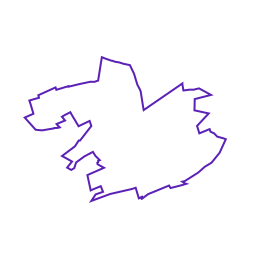 outline of Bustamante, Tamaulipas, Mexico, rotated 65°
{"feature_id": "50627088B16485273598132", "entity_name": "Bustamante", "entity_type": "district", "adm_level": 2, "iso_a3": "MEX", "parent_name": "Mexico", "parent_adm1": "Tamaulipas", "projection": "equal_earth", "projection_center": [-99.943, 23.324], "detail": "fine", "context": "isolated", "style": "outline", "palette": "violet", "viewbox_px": 256, "rotation_deg": 65, "n_neighbors": 0, "source": "geoboundaries", "source_scale": "gbopen_adm2", "svg_char_len": 2210}
<svg xmlns="http://www.w3.org/2000/svg" viewBox="0 0 256 256"><g transform="rotate(65 128 128)"><path d="M64.9,164.3L63.1,176.8L60.6,176.5L60.6,177.0L60.4,195.4L63.0,195.9L62.1,201.3L61.4,205.8L63.1,206.0L64.0,206.1L65.0,206.2L65.8,206.3L66.5,206.4L67.0,206.5L67.7,206.6L67.9,206.6L68.0,206.6L68.3,206.7L68.6,206.7L69.1,206.8L75.1,207.7L74.9,217.2L89.0,212.9L90.5,212.5L91.8,210.4L93.9,206.7L96.5,197.2L97.0,195.6L96.8,195.3L97.0,194.5L97.7,193.0L97.8,192.6L98.3,191.1L98.6,189.6L96.4,190.4L94.6,191.0L94.2,191.1L94.2,190.5L94.3,188.6L94.4,187.3L94.6,181.9L89.9,183.1L89.5,179.4L89.5,177.5L89.3,173.6L90.2,173.5L91.2,173.5L95.3,173.1L96.8,172.9L100.7,172.5L101.7,172.5L103.6,172.2L105.5,172.1L105.4,163.9L105.4,159.8L110.7,160.4L119.1,176.8L118.5,177.9L122.2,183.9L125.5,199.6L134.7,192.9L138.2,199.9L142.0,197.2L141.7,193.7L137.3,189.6L136.9,187.6L135.3,179.5L134.8,169.9L139.6,169.3L139.8,169.2L145.2,167.2L145.1,168.9L146.4,169.5L146.5,170.5L148.0,170.9L153.9,166.6L153.5,184.7L168.8,188.2L168.8,186.1L168.9,184.2L169.2,177.3L175.3,177.6L174.5,185.4L178.6,192.0L180.3,171.9L184.9,150.4L185.4,146.3L196.3,147.9L196.2,144.2L196.8,144.1L198.2,146.3L196.6,138.3L196.5,138.2L196.5,136.0L196.7,132.3L197.5,115.1L200.4,114.8L202.6,103.1L203.2,98.8L202.8,99.2L202.5,99.7L199.6,101.4L200.1,99.0L198.1,83.3L195.6,74.8L194.7,66.9L189.2,55.5L179.5,44.1L178.2,45.3L173.5,50.8L169.3,52.2L166.2,54.8L163.5,54.5L163.0,65.6L156.6,64.7L156.0,64.6L155.3,64.5L148.9,48.7L140.1,60.3L130.0,55.3L133.1,38.8L122.1,46.9L121.0,52.4L119.2,56.1L118.5,58.6L117.4,61.9L111.2,60.2L110.6,59.9L111.1,62.7L115.6,89.6L116.3,93.8L116.6,95.4L116.6,95.7L117.6,101.5L118.4,106.2L114.7,105.2L114.3,105.1L104.6,102.3L100.4,101.1L99.1,101.0L99.0,100.9L97.5,101.0L96.7,101.0L96.3,101.0L93.5,101.2L92.6,101.2L86.1,100.3L85.0,100.1L81.5,99.6L71.8,99.7L68.3,104.4L68.3,104.5L64.8,108.3L62.9,111.2L62.7,111.4L62.0,112.2L61.5,112.7L61.3,113.0L61.2,113.0L60.6,113.5L59.9,114.7L58.5,116.1L56.0,118.7L52.8,121.8L53.9,122.5L54.3,122.8L54.7,123.1L55.8,123.8L57.3,124.9L57.8,125.2L58.4,125.6L64.2,129.5L68.2,132.2L69.5,133.1L72.4,135.0L72.0,138.9L70.2,142.5L67.6,153.7L65.6,163.8L65.4,164.5L64.9,164.3Z" fill="none" stroke="#5b21b6" stroke-width="2"/></g></svg>